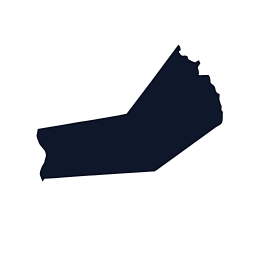 Milagres do Maranhão, Maranhão, Brazil (Robinson projection), rotated 135°
{"feature_id": "56859067B37055437356595", "entity_name": "Milagres do Maranhão", "entity_type": "district", "adm_level": 2, "iso_a3": "BRA", "parent_name": "Brazil", "parent_adm1": "Maranhão", "projection": "robinson", "projection_center": [-42.846, -3.51], "detail": "fine", "context": "isolated", "style": "filled", "palette": "ink", "viewbox_px": 256, "rotation_deg": 135, "n_neighbors": 0, "source": "geoboundaries", "source_scale": "gbopen_adm2", "svg_char_len": 1321}
<svg xmlns="http://www.w3.org/2000/svg" viewBox="0 0 256 256"><g transform="rotate(135 128 128)"><path d="M34.2,150.4L79.5,143.7L119.1,138.3L126.4,143.1L151.8,161.1L158.4,166.0L173.2,176.4L182.1,182.8L192.5,190.2L197.7,186.6L199.2,184.0L199.9,182.2L200.9,180.2L201.5,178.0L202.2,170.8L202.7,169.3L204.5,166.3L206.4,165.0L208.4,164.0L211.0,162.3L212.3,161.8L215.2,161.2L218.3,159.9L220.2,159.0L222.0,157.7L222.9,156.6L224.3,153.5L225.1,151.5L222.8,152.0L213.9,144.1L211.0,141.7L193.6,126.7L186.4,120.4L184.6,118.7L182.8,117.2L160.5,97.7L154.4,92.3L140.7,80.3L139.6,79.2L137.5,78.7L108.9,74.1L105.2,73.5L92.5,71.5L65.1,67.1L60.5,65.9L59.2,65.8L57.8,66.1L56.3,67.0L54.8,68.3L53.2,69.8L51.6,71.5L50.5,72.3L49.9,73.9L50.3,75.3L48.7,76.0L46.9,77.8L46.4,79.2L45.6,80.8L44.0,83.8L42.2,85.6L40.2,87.2L40.7,88.9L40.9,90.5L40.5,91.9L39.9,93.3L39.0,94.6L38.2,96.1L38.1,98.0L38.3,99.6L38.4,101.9L36.7,103.7L34.9,106.2L34.3,108.2L35.4,109.3L36.6,110.4L37.8,111.7L39.5,113.1L40.7,114.3L41.5,116.1L39.6,117.0L38.5,118.4L37.5,120.2L36.5,121.9L34.9,122.6L33.3,122.9L31.7,123.2L30.9,125.3L32.8,125.9L34.3,126.1L35.7,128.3L36.4,130.3L37.4,133.7L36.9,135.3L36.1,136.8L36.9,138.4L38.2,139.3L39.4,140.8L39.7,142.6L39.3,144.3L39.2,146.0L37.6,147.2L35.9,146.6L34.5,148.8L34.2,150.4Z" fill="#0f172a" stroke="#020617" stroke-width="1.5"/></g></svg>